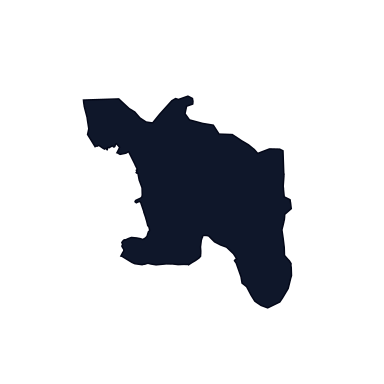 Jiblah, Ibb, Yemen (Albers equal-area conic projection), rotated 229°
{"feature_id": "15242507B54186769788160", "entity_name": "Jiblah", "entity_type": "district", "adm_level": 2, "iso_a3": "YEM", "parent_name": "Yemen", "parent_adm1": "Ibb", "projection": "albers", "projection_center": [44.129, 13.913], "detail": "fine", "context": "isolated", "style": "filled", "palette": "ink", "viewbox_px": 384, "rotation_deg": 229, "n_neighbors": 0, "source": "geoboundaries", "source_scale": "gbopen_adm2", "svg_char_len": 3706}
<svg xmlns="http://www.w3.org/2000/svg" viewBox="0 0 384 384"><g transform="rotate(229 192 192)"><path d="M190.3,96.3L189.3,97.0L178.2,100.5L175.4,101.8L169.9,106.6L168.8,108.8L168.5,108.9L167.6,111.2L166.9,112.2L164.8,113.6L160.6,117.1L154.5,125.6L153.3,126.9L151.3,129.1L151.1,129.3L151.0,129.6L146.3,133.9L143.2,137.8L139.9,141.5L139.3,141.6L138.8,145.5L138.0,149.7L137.6,154.0L137.9,156.3L139.3,157.6L139.5,157.9L141.7,159.9L145.0,162.4L149.6,167.5L150.8,169.6L151.1,170.4L151.6,170.8L151.8,171.3L151.5,172.4L149.4,174.7L147.8,175.8L147.6,175.8L144.0,176.0L139.6,176.3L135.6,177.9L133.3,178.8L127.7,181.9L118.2,182.8L112.1,181.9L112.6,180.4L112.3,179.0L109.3,178.7L95.9,173.4L90.4,170.0L84.7,171.1L75.3,168.9L68.4,167.8L65.9,168.4L65.2,168.6L61.1,169.7L54.9,173.1L51.4,186.1L52.6,190.6L56.1,201.3L62.5,210.4L62.7,210.8L63.6,212.2L68.5,216.2L69.7,217.2L71.7,218.5L73.0,219.8L76.1,220.3L78.2,220.2L83.5,220.2L83.6,220.3L89.6,225.2L97.1,230.3L104.4,235.0L105.8,236.9L106.6,238.1L108.9,241.3L109.9,242.6L110.6,243.6L112.3,245.4L112.4,245.5L114.3,247.3L114.3,252.5L114.3,254.9L114.3,256.0L115.4,256.7L118.6,258.9L119.5,259.5L119.8,259.6L121.7,260.9L122.4,260.7L127.9,258.4L128.5,258.9L129.8,259.8L133.6,262.5L134.6,263.3L136.5,264.6L143.5,271.6L144.3,272.3L145.1,273.2L146.0,273.6L163.4,287.7L166.8,286.3L173.7,278.7L178.0,266.9L179.8,266.9L183.3,266.9L184.7,266.6L190.6,265.6L196.0,263.8L198.0,263.1L208.9,260.1L213.4,255.3L217.2,251.2L217.9,250.4L228.4,251.9L228.5,251.9L232.0,249.0L236.8,245.0L238.6,243.8L248.1,237.4L252.5,237.8L255.7,238.1L258.8,242.2L260.3,244.2L259.3,246.7L257.9,250.2L258.2,250.6L259.9,252.3L262.2,253.6L262.3,253.7L266.3,252.1L267.0,251.8L267.7,250.1L270.7,242.5L273.3,240.9L274.1,236.6L271.9,218.5L270.0,207.8L270.3,207.3L274.9,203.3L282.0,201.3L283.4,201.3L284.1,201.3L285.5,201.3L290.0,201.3L291.8,200.7L293.2,200.3L296.1,199.3L310.3,197.8L332.6,170.4L332.3,170.2L330.8,169.1L327.2,166.8L327.1,166.7L326.8,166.6L325.9,166.1L317.2,161.8L316.3,161.2L315.4,160.6L307.6,155.7L307.3,155.4L303.9,150.9L297.6,149.9L289.8,148.6L289.8,149.2L289.4,149.9L288.8,150.5L288.5,151.8L287.9,152.4L284.7,153.2L283.2,153.6L282.4,153.9L281.8,154.1L281.6,155.1L281.1,155.6L280.4,155.7L279.7,155.6L279.5,155.8L279.9,156.3L280.3,156.9L280.9,157.3L280.7,158.0L279.7,158.7L279.6,159.4L279.6,160.2L279.2,161.2L279.2,162.1L278.3,162.4L277.6,162.3L277.1,162.7L277.0,163.6L278.0,165.2L278.3,166.1L278.1,166.7L277.6,166.7L276.8,166.6L275.9,166.7L274.2,166.7L273.2,166.7L272.2,164.5L270.9,161.2L270.8,161.3L267.6,162.4L265.2,166.6L264.7,167.6L264.6,167.8L264.1,170.6L263.8,170.6L250.3,167.1L249.9,166.9L245.1,165.7L245.0,164.7L244.7,164.8L244.7,164.3L244.5,164.0L244.3,164.0L244.0,163.9L243.8,163.9L243.6,163.8L243.5,163.6L243.4,163.5L243.3,163.3L243.3,163.1L243.2,163.0L243.2,162.8L243.2,162.6L242.5,162.7L242.2,162.9L241.6,163.4L240.8,163.0L235.7,160.0L228.0,157.1L227.0,156.3L222.4,152.5L221.2,151.0L221.1,150.2L221.1,149.1L221.6,147.5L222.3,145.1L222.6,143.8L222.0,142.6L220.4,142.9L219.8,145.0L219.0,146.4L218.0,146.5L217.9,146.5L208.9,142.8L208.6,142.5L203.0,140.2L201.2,139.3L200.2,138.9L196.3,136.9L195.8,136.6L195.4,136.6L194.1,136.5L193.7,136.5L193.2,136.2L192.6,135.9L191.7,135.4L191.2,135.1L190.9,134.9L190.6,134.5L190.6,133.1L189.8,131.7L188.4,129.5L187.9,128.6L188.0,128.3L187.9,127.0L188.0,124.7L188.2,124.3L188.3,124.4L188.4,123.9L188.7,123.5L190.4,122.6L191.5,121.8L191.7,121.6L193.5,120.2L197.4,116.5L198.3,114.3L198.7,113.1L199.2,111.4L199.3,111.1L199.5,110.5L200.4,109.4L200.4,108.1L200.2,106.9L199.9,105.9L198.0,105.3L197.8,104.9L197.2,103.6L196.7,103.4L193.3,102.8L193.0,102.6L192.3,101.8L192.2,101.7L191.7,99.9L190.3,96.3Z" fill="#0f172a" stroke="#020617" stroke-width="1.5"/></g></svg>